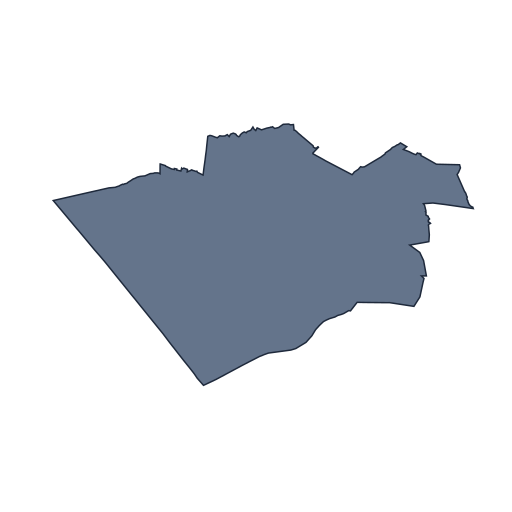 outline of Mina, Nuevo León, Mexico, rotated 278°
{"feature_id": "50627088B36980373493139", "entity_name": "Mina", "entity_type": "district", "adm_level": 2, "iso_a3": "MEX", "parent_name": "Mexico", "parent_adm1": "Nuevo León", "projection": "equal_earth", "projection_center": [-100.66, 26.299], "detail": "fine", "context": "isolated", "style": "filled", "palette": "slate", "viewbox_px": 512, "rotation_deg": 278, "n_neighbors": 0, "source": "geoboundaries", "source_scale": "gbopen_adm2", "svg_char_len": 5493}
<svg xmlns="http://www.w3.org/2000/svg" viewBox="0 0 512 512"><g transform="rotate(278 256 256)"><path d="M167.7,303.6L169.9,308.3L177.4,317.5L184.7,322.4L191.2,325.2L192.6,326.1L194.6,327.5L195.0,327.7L197.0,329.2L198.4,330.3L200.5,332.0L202.5,334.8L202.8,335.3L204.3,337.7L206.6,342.7L208.5,345.2L210.0,348.6L211.2,350.8L214.8,355.4L214.8,357.2L224.2,362.6L225.2,370.7L228.1,392.9L228.4,394.6L228.1,419.4L238.3,424.0L253.5,425.1L257.1,425.5L259.3,422.6L260.0,427.5L274.8,422.6L282.3,417.7L288.2,406.7L293.0,421.4L294.2,425.0L294.3,425.2L301.1,424.7L306.2,423.5L309.9,422.7L310.2,422.5L310.4,422.4L310.7,422.4L310.8,422.5L311.0,422.5L311.3,422.7L311.5,422.8L311.7,423.0L311.8,423.1L312.5,424.2L312.6,424.3L312.9,423.9L313.1,423.7L313.4,423.1L313.5,423.0L313.5,422.9L313.5,422.2L313.8,421.9L314.0,421.8L314.3,421.8L314.6,421.8L314.9,421.8L315.4,421.8L315.5,421.9L315.6,422.0L315.9,422.0L315.9,421.9L316.2,422.1L316.3,422.3L316.7,422.6L316.8,422.7L317.0,422.6L317.0,422.4L317.3,422.2L317.6,422.0L318.0,421.5L318.1,421.4L318.3,421.3L318.4,421.2L318.5,421.2L319.1,421.1L319.4,420.8L319.4,420.7L319.5,420.5L319.6,420.1L319.9,419.5L320.0,419.3L320.0,419.0L320.2,418.6L320.4,418.5L320.6,418.5L320.8,418.5L321.2,418.5L321.4,418.4L321.7,418.3L321.9,418.3L322.5,418.4L322.8,418.3L323.0,418.1L323.5,417.6L324.1,418.1L329.6,415.9L331.1,414.5L333.1,423.8L333.3,436.0L333.2,464.3L333.2,464.5L333.5,464.3L333.6,464.2L333.9,464.2L334.2,464.1L334.4,464.0L334.6,463.8L334.5,463.5L334.6,463.3L334.7,463.0L334.8,462.8L334.9,462.6L335.2,461.8L335.4,461.4L335.6,461.1L335.7,460.9L336.2,460.5L336.4,460.3L336.4,460.1L336.6,460.0L336.8,459.9L337.0,459.7L337.2,459.4L337.4,459.4L337.5,459.3L337.9,459.1L338.1,459.0L338.3,458.8L338.5,458.8L338.7,458.6L338.9,458.5L339.0,458.4L339.5,458.3L339.8,458.1L340.0,458.0L340.2,457.9L340.4,457.9L340.5,457.9L340.6,457.7L340.8,457.6L341.1,457.3L341.5,457.0L341.8,457.0L342.0,456.9L342.3,456.8L342.5,456.9L342.8,456.9L343.0,456.9L343.1,457.0L343.3,457.0L343.4,456.9L343.5,456.9L343.9,456.9L344.1,456.8L344.2,456.7L344.3,456.6L344.5,456.5L344.6,456.4L344.8,456.2L345.0,456.1L345.3,456.0L345.7,455.8L345.9,455.7L346.2,455.6L346.4,455.5L346.6,455.4L346.9,455.2L347.5,454.9L347.7,454.7L347.9,454.5L348.1,454.3L348.3,454.1L348.5,453.9L348.8,453.8L348.8,453.6L364.7,443.8L366.9,444.9L371.7,446.2L374.7,444.9L372.0,421.9L377.2,408.7L378.0,406.4L378.3,405.6L378.4,405.4L378.5,405.3L379.6,405.2L379.9,405.2L380.3,404.0L379.9,403.9L380.5,401.4L380.1,401.2L378.8,400.5L378.6,400.3L378.8,399.1L379.0,398.0L379.2,397.4L379.9,395.0L380.0,395.0L380.7,392.8L382.0,387.1L385.2,390.1L388.1,383.3L386.0,381.2L385.8,380.4L383.9,378.3L382.4,375.9L379.9,374.1L379.8,373.9L376.1,369.8L375.1,369.6L374.7,369.3L371.8,366.3L371.3,365.9L370.0,364.2L359.4,351.0L358.8,348.7L359.0,347.2L357.3,346.0L356.2,345.4L352.7,341.5L351.5,341.0L351.4,340.9L349.9,339.8L359.6,312.6L360.1,311.2L360.3,310.8L360.4,310.5L360.6,310.1L362.5,305.2L363.6,302.2L363.9,301.4L364.2,300.8L364.7,299.4L365.2,298.1L365.6,298.2L366.2,298.2L366.2,298.3L367.6,299.3L368.2,299.7L372.3,302.7L372.8,302.2L372.7,302.0L372.6,301.9L371.5,301.1L371.3,300.7L371.2,300.2L371.1,299.9L371.2,299.6L371.1,299.2L371.3,298.8L371.8,297.8L371.8,297.7L373.1,297.2L377.5,290.2L379.5,287.1L379.8,286.6L380.2,285.9L381.0,284.6L381.4,284.1L381.4,283.9L381.6,283.8L383.3,281.0L384.8,279.0L385.9,277.2L385.9,276.2L391.4,274.8L391.1,273.5L390.7,272.0L391.2,270.2L391.2,269.8L390.2,264.6L386.4,260.5L384.9,256.8L386.3,254.4L385.7,253.5L385.8,252.9L385.3,252.1L384.1,248.8L383.2,247.0L381.7,243.9L382.4,241.5L383.0,239.3L380.2,238.3L381.3,236.5L383.3,235.0L380.6,233.7L379.8,233.3L379.6,233.1L378.0,230.0L376.7,229.2L377.2,227.0L376.7,226.4L376.0,225.4L375.0,224.5L373.7,223.5L372.8,223.4L371.7,222.4L372.1,221.2L372.8,219.9L373.6,219.4L374.2,218.1L374.3,217.2L374.5,216.4L374.2,215.8L374.0,215.4L373.5,214.6L373.1,213.8L370.5,212.8L372.2,210.7L371.7,210.0L371.7,209.9L370.6,208.6L370.0,205.8L370.0,203.4L367.7,201.2L368.0,199.3L368.9,195.4L369.0,193.6L367.8,191.6L357.8,191.9L353.4,192.1L348.8,192.1L344.7,192.2L341.4,192.2L336.3,192.2L329.5,192.3L328.8,192.3L330.7,186.4L331.8,185.6L331.6,185.3L331.4,184.6L331.6,183.8L331.6,183.6L331.7,183.4L331.7,183.1L331.8,182.7L331.9,182.4L331.9,181.8L331.9,181.3L332.0,181.1L332.0,180.9L332.3,180.7L332.4,180.4L332.3,180.2L331.6,179.2L331.1,178.7L330.9,178.1L330.7,177.5L330.2,177.0L329.7,176.2L331.0,176.1L332.1,176.1L332.2,175.9L332.4,175.5L332.3,175.3L333.0,172.3L332.4,171.3L332.0,171.0L332.1,170.6L332.3,170.3L332.5,170.1L329.7,169.8L330.1,165.5L331.1,165.5L331.3,163.0L330.3,163.0L330.5,160.1L332.5,153.9L332.9,153.7L333.8,148.3L333.4,148.3L332.5,148.4L324.1,149.5L324.6,148.1L324.6,147.0L324.5,146.3L324.5,146.0L324.1,143.7L323.6,143.1L322.9,139.8L319.9,134.9L318.7,130.1L317.9,128.2L317.6,127.5L316.4,125.8L316.3,125.7L316.0,125.2L315.7,124.6L315.0,123.4L313.4,121.7L311.3,119.2L310.0,118.0L309.1,115.7L308.4,114.8L308.6,114.1L308.1,113.2L307.4,112.1L307.1,111.7L306.3,110.7L305.7,109.4L304.7,107.5L304.5,107.3L303.0,100.9L294.2,77.7L282.7,47.5L268.1,63.7L257.8,75.1L256.7,76.4L239.4,95.5L235.0,100.6L231.2,104.9L228.5,107.9L223.8,112.9L200.7,137.6L197.1,141.5L191.3,147.7L178.4,161.5L166.4,174.4L160.5,180.3L158.0,182.8L154.8,186.1L153.8,187.2L149.6,191.5L142.0,199.4L138.0,203.7L134.1,207.8L130.7,211.3L126.8,214.8L120.6,222.0L128.2,233.6L145.7,257.5L150.4,264.1L153.9,269.1L157.1,273.6L157.2,273.8L158.1,275.5L159.5,277.8L161.6,281.8L167.7,303.6Z" fill="#64748b" stroke="#1e293b" stroke-width="1.5"/></g></svg>